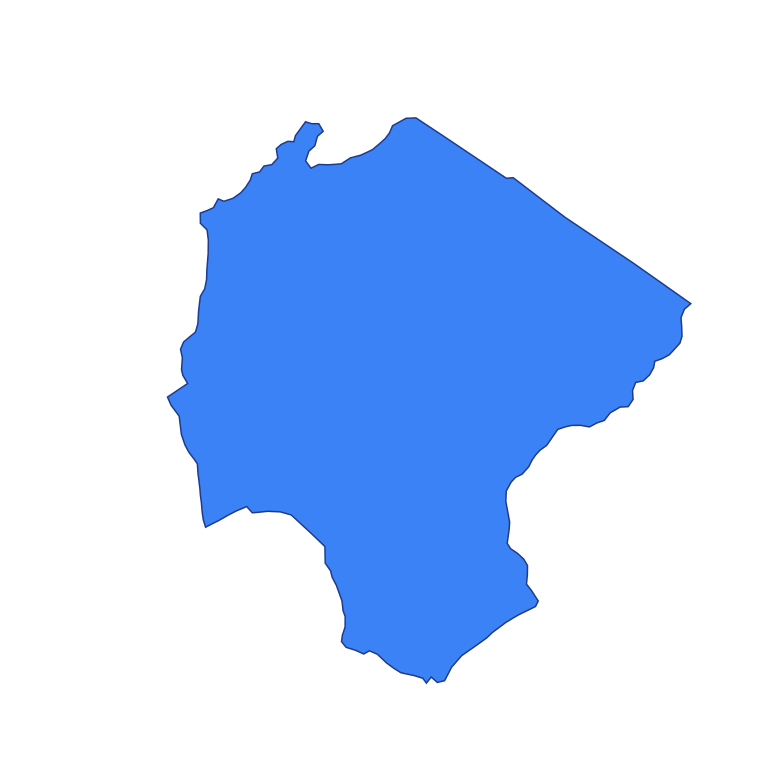 the district of Rolândia, Paraná, Brazil, rotated 32°
{"feature_id": "56859067B29627671403317", "entity_name": "Rolândia", "entity_type": "district", "adm_level": 2, "iso_a3": "BRA", "parent_name": "Brazil", "parent_adm1": "Paraná", "projection": "mercator", "projection_center": [-51.413, -23.281], "detail": "fine", "context": "isolated", "style": "filled", "palette": "blue", "viewbox_px": 768, "rotation_deg": 32, "n_neighbors": 0, "source": "geoboundaries", "source_scale": "gbopen_adm2", "svg_char_len": 2294}
<svg xmlns="http://www.w3.org/2000/svg" viewBox="0 0 768 768"><g transform="rotate(32 384 384)"><path d="M587.4,608.8L592.6,603.5L591.4,588.2L593.8,573.3L600.7,557.0L605.6,545.0L607.6,537.3L613.6,521.8L617.6,513.8L620.9,507.7L630.4,492.4L629.8,486.3L618.5,481.0L610.9,478.2L606.4,469.3L601.9,461.9L595.4,458.5L587.1,456.9L578.7,456.6L572.9,453.8L567.1,440.8L563.7,434.5L557.3,427.5L549.6,419.1L544.4,410.0L543.8,399.9L545.0,393.5L548.9,387.2L550.6,377.5L549.9,370.2L550.2,363.8L551.4,357.4L554.5,349.7L555.4,330.4L560.7,324.0L565.2,319.6L572.6,314.9L581.0,311.5L585.2,304.2L590.1,298.2L591.1,288.6L596.4,278.5L603.1,273.8L603.4,265.1L598.2,257.8L596.6,249.3L602.2,244.0L604.4,235.4L604.0,227.3L601.6,221.2L606.4,215.2L610.5,207.9L613.3,192.5L611.5,185.7L605.9,177.4L600.7,170.3L599.1,161.5L601.6,153.3L531.8,149.4L449.0,146.7L384.2,140.6L378.7,144.7L304.1,142.3L270.1,141.4L261.9,147.0L254.4,160.4L255.6,168.1L255.0,175.2L253.1,181.8L250.1,191.2L246.8,196.5L242.8,202.5L235.7,210.0L231.1,219.9L225.2,224.3L220.5,227.7L212.3,232.4L207.7,239.7L199.3,236.3L196.9,226.3L199.1,218.6L196.3,209.2L198.5,201.9L190.7,197.8L184.9,201.5L178.5,203.2L177.9,211.5L177.3,220.3L179.1,226.3L173.8,229.2L169.8,235.4L168.0,241.6L174.2,248.7L172.6,257.4L166.7,262.8L166.1,270.1L160.9,275.5L162.5,281.8L162.4,290.5L161.2,297.8L157.5,306.6L151.4,313.9L145.3,314.9L145.9,324.9L141.6,331.3L137.6,336.4L143.1,345.0L152.3,347.1L158.8,355.1L165.9,366.8L173.2,380.9L178.2,389.5L181.5,398.2L181.8,407.0L187.9,420.0L194.2,431.5L196.6,439.9L194.5,446.1L191.8,454.5L193.0,462.3L199.1,468.6L204.8,479.3L208.9,483.3L217.2,487.6L207.3,509.8L214.8,514.9L227.3,519.8L239.0,534.2L247.6,541.2L254.7,545.3L262.7,548.3L268.0,550.6L274.1,559.0L278.0,563.7L283.3,570.3L287.6,576.1L291.7,581.0L297.8,589.1L302.7,594.9L308.6,600.0L312.8,592.9L316.2,587.4L320.8,578.7L326.1,569.8L332.5,560.7L340.6,563.0L345.4,559.4L352.8,553.6L363.8,547.4L374.7,544.2L399.5,548.9L405.0,550.0L420.1,553.2L423.8,559.0L429.1,567.1L437.6,570.7L442.5,575.4L450.2,579.9L463.3,590.2L469.4,597.9L474.3,601.8L479.8,610.7L481.9,619.3L484.5,625.0L491.5,627.4L500.6,625.0L509.9,623.7L513.0,618.0L521.6,616.7L534.5,619.3L543.2,619.9L551.4,619.9L564.4,615.2L572.9,613.0L578.5,615.2L579.3,607.5L587.4,608.8Z" fill="#3b82f6" stroke="#1e3a8a" stroke-width="1.5"/></g></svg>